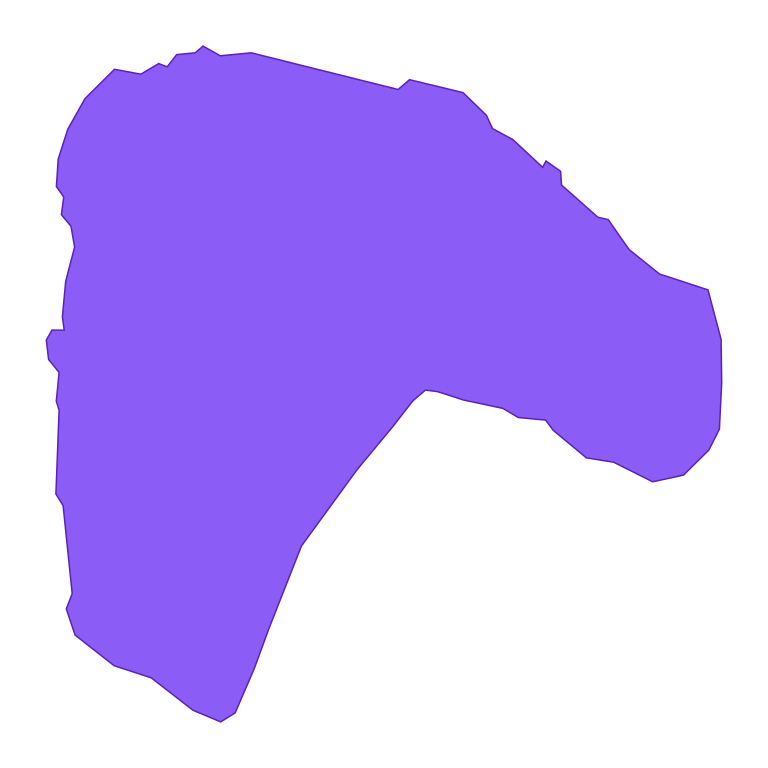 Fono, Federated States of Micronesia
{"feature_id": "79324940B33522966184784", "entity_name": "Fono", "entity_type": "district", "adm_level": 2, "iso_a3": "FSM", "parent_name": "Federated States of Micronesia", "parent_adm1": "", "projection": "equal_earth", "projection_center": [151.881, 7.484], "detail": "fine", "context": "isolated", "style": "filled", "palette": "violet", "viewbox_px": 768, "rotation_deg": 0, "n_neighbors": 0, "source": "geoboundaries", "source_scale": "gbopen_adm2", "svg_char_len": 972}
<svg xmlns="http://www.w3.org/2000/svg" viewBox="0 0 768 768"><path d="M46.3,340.0L48.6,359.5L59.1,372.4L56.3,401.1L59.1,410.3L55.9,494.0L63.1,505.6L72.2,593.6L66.3,608.9L75.1,635.1L114.1,665.7L151.3,677.9L193.0,710.3L220.7,721.9L235.2,712.8L254.3,668.5L268.8,628.9L301.5,545.9L356.9,469.9L393.8,425.4L412.6,401.1L425.4,390.1L437.4,391.6L463.5,400.0L502.9,408.4L518.2,417.5L545.6,420.1L553.3,430.4L586.4,457.9L613.6,462.2L652.7,481.8L683.5,475.1L708.9,450.0L719.4,429.2L721.7,382.8L721.1,339.4L708.0,289.9L659.5,274.0L629.1,249.6L608.2,219.6L597.8,217.2L561.5,185.0L560.6,171.3L546.0,161.0L542.6,167.3L512.9,139.6L492.5,128.6L486.4,115.3L463.0,92.6L409.5,79.7L398.1,89.5L251.2,52.8L220.3,55.8L203.0,46.1L195.3,52.8L176.7,54.6L167.2,66.8L158.7,63.6L140.8,74.2L114.5,69.3L85.0,98.6L67.8,129.2L58.2,159.1L56.4,186.6L63.7,197.0L61.4,214.7L71.0,226.3L74.6,247.1L65.7,281.2L62.4,316.8L64.2,330.2L52.0,330.1L46.3,340.0Z" fill="#8b5cf6" stroke="#5b21b6" stroke-width="1.5"/></svg>